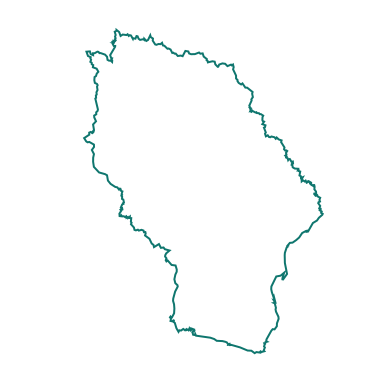 outline of Besalampy, Melaky, Madagascar, rotated 192°
{"feature_id": "10022922B83460232588272", "entity_name": "Besalampy", "entity_type": "district", "adm_level": 2, "iso_a3": "MDG", "parent_name": "Madagascar", "parent_adm1": "Melaky", "projection": "albers", "projection_center": [45.158, -16.857], "detail": "fine", "context": "isolated", "style": "outline", "palette": "teal", "viewbox_px": 384, "rotation_deg": 192, "n_neighbors": 0, "source": "geoboundaries", "source_scale": "gbopen_adm2", "svg_char_len": 5950}
<svg xmlns="http://www.w3.org/2000/svg" viewBox="0 0 384 384"><g transform="rotate(192 192 192)"><path d="M176.1,52.4L175.6,54.1L173.9,54.2L172.1,56.2L170.1,55.3L169.9,55.8L168.7,55.8L169.4,56.1L168.9,56.6L168.5,55.9L167.6,56.5L166.6,56.0L166.3,57.4L165.2,56.7L165.5,57.6L164.7,57.4L165.1,58.2L163.7,57.6L163.7,58.3L161.3,57.9L161.4,56.9L160.4,57.7L162.4,54.9L161.2,52.6L159.2,52.7L159.3,53.8L158.2,52.3L143.8,53.3L139.7,52.8L136.9,51.6L131.2,52.5L128.1,52.4L126.6,52.1L125.1,50.6L124.5,50.9L124.7,50.1L123.0,50.7L122.9,50.2L121.4,50.6L112.7,50.0L104.7,48.5L100.9,49.1L97.2,47.4L95.7,48.8L91.5,49.1L91.2,49.6L92.2,49.8L91.8,50.4L90.8,49.9L88.1,51.3L88.9,51.9L88.4,55.1L89.4,55.9L89.2,57.9L89.8,58.9L88.9,59.0L89.0,60.3L87.4,61.2L88.4,61.5L88.5,63.3L85.6,72.7L84.6,74.6L82.7,74.8L81.1,78.3L81.6,81.2L80.9,85.9L81.5,87.9L85.0,92.5L85.9,94.7L85.8,96.1L87.9,100.3L88.8,100.5L87.7,101.0L89.4,102.9L89.0,102.8L89.1,103.4L88.2,102.8L90.3,107.0L90.5,106.3L93.0,110.5L94.3,113.4L94.7,116.1L92.0,126.9L87.9,128.6L85.1,132.2L85.6,126.5L85.4,125.4L84.7,125.4L82.0,131.6L86.4,141.9L88.2,149.5L88.5,151.8L87.9,157.3L86.7,158.8L87.6,158.4L87.6,159.1L86.8,159.6L87.1,160.0L85.7,162.6L83.1,163.4L80.1,166.6L77.7,169.8L75.7,174.8L72.4,177.6L70.8,178.3L71.1,177.1L70.3,177.4L67.3,186.8L63.8,190.1L62.5,193.2L59.8,196.8L59.6,197.8L61.4,198.5L61.1,199.9L63.4,200.7L63.4,201.3L62.4,201.0L62.7,202.4L64.1,202.5L63.7,205.0L66.2,207.3L66.1,208.3L64.8,209.3L65.7,210.7L65.4,213.0L68.2,213.8L68.8,214.9L70.3,214.0L72.1,215.5L72.0,215.9L70.6,215.4L70.2,216.3L70.8,218.2L72.9,220.1L73.1,222.3L74.5,223.0L73.6,223.6L73.9,224.2L76.4,223.6L78.3,224.8L78.4,225.3L77.2,225.0L77.4,225.9L80.3,226.9L80.8,226.6L80.2,226.1L81.8,224.9L83.2,226.7L83.9,225.7L85.9,226.5L86.9,225.2L87.4,227.1L86.7,229.5L88.3,228.4L88.7,230.0L90.3,230.5L90.4,234.5L91.8,234.6L92.2,235.5L93.0,235.1L92.9,236.8L96.4,236.3L98.6,237.1L99.5,239.3L100.2,239.3L100.2,240.2L99.1,240.9L99.7,242.8L100.9,242.2L103.2,244.6L104.2,244.2L104.6,243.2L105.5,244.9L107.2,245.3L107.3,246.1L106.6,245.6L106.7,246.4L108.3,247.0L107.4,248.2L108.2,249.8L107.4,251.9L108.3,252.3L109.4,251.9L110.9,253.0L110.8,254.8L115.2,259.3L115.1,261.1L117.9,261.4L120.3,262.8L120.4,262.0L121.2,262.1L121.4,261.6L122.6,262.7L125.9,262.8L126.7,261.9L128.1,261.8L129.7,263.2L131.3,261.8L132.7,264.2L132.2,265.6L135.0,269.9L134.1,270.6L134.0,272.5L137.3,273.0L136.1,275.8L137.5,276.1L138.1,276.9L138.6,279.9L138.2,281.5L140.9,282.5L142.0,282.2L142.9,283.0L145.0,282.7L145.6,283.4L146.4,282.9L149.7,283.9L150.6,282.7L151.3,283.0L151.2,283.9L151.8,283.5L151.6,284.6L152.3,285.3L151.8,286.1L153.4,286.7L153.3,287.7L153.9,288.4L152.7,293.9L153.2,294.9L152.2,297.5L153.6,300.6L153.5,302.4L159.7,305.5L161.5,305.2L165.2,308.7L166.3,307.4L169.0,308.4L170.6,310.0L170.7,311.0L172.5,312.2L173.1,315.0L177.3,320.5L177.2,322.8L178.4,325.2L179.3,324.1L180.3,324.7L183.5,322.5L186.2,324.3L189.0,324.1L191.9,322.3L192.4,320.0L192.9,319.8L195.7,321.7L196.9,324.2L199.2,324.1L203.4,322.1L203.9,323.4L205.1,323.9L205.1,325.1L208.7,326.9L210.4,329.8L212.6,329.0L214.1,329.9L217.8,327.5L221.5,326.6L223.6,326.9L224.8,328.7L227.8,328.6L229.4,322.9L231.3,323.1L234.2,322.1L236.7,324.0L237.8,323.7L239.3,324.4L240.2,323.9L242.6,326.9L244.7,327.5L245.8,327.0L249.4,329.3L250.9,329.3L252.3,331.7L253.5,330.1L255.5,329.8L257.4,328.6L258.7,328.7L261.9,331.9L262.1,334.0L264.5,334.9L265.4,336.6L266.6,331.6L268.0,330.3L270.5,332.0L270.3,330.8L271.5,331.3L274.4,330.0L276.1,330.8L277.6,333.0L278.7,333.0L279.2,330.2L281.5,330.2L281.6,329.4L284.2,332.4L285.5,332.5L286.3,331.5L287.8,332.9L288.7,331.9L292.5,331.6L294.3,329.8L296.5,333.3L299.5,334.8L299.3,334.0L300.9,332.7L299.3,329.7L299.6,327.9L298.7,326.6L299.2,325.4L298.2,324.5L298.7,323.5L300.2,323.5L299.7,322.5L300.7,322.3L299.9,321.5L300.4,321.3L299.9,321.2L300.3,320.3L298.9,318.6L297.5,318.9L297.4,318.1L300.5,308.9L299.0,306.3L298.0,306.2L298.4,305.0L297.4,304.2L297.2,302.6L298.9,303.6L300.4,303.2L302.1,303.7L303.2,306.6L305.6,308.3L310.3,308.9L311.4,308.6L312.6,309.6L313.7,309.6L316.1,307.5L317.7,307.1L317.2,305.3L319.8,305.8L321.1,308.3L324.4,307.3L322.0,303.4L319.1,302.8L319.2,301.6L318.2,300.4L318.5,298.2L317.0,297.6L316.6,296.1L315.0,295.6L314.9,293.4L310.9,292.8L308.6,290.1L309.8,288.0L310.0,285.5L311.2,284.2L310.8,281.1L309.7,278.5L307.5,278.0L306.5,276.9L306.8,275.3L305.6,272.1L306.2,269.7L305.5,267.5L306.1,266.5L305.4,264.2L306.0,263.3L301.2,253.2L301.2,251.7L302.3,250.0L301.8,248.1L303.6,246.4L303.1,244.6L300.6,241.2L302.8,237.5L300.7,232.1L300.9,230.0L301.2,229.6L301.6,230.6L302.3,229.1L303.5,229.7L304.9,228.7L304.4,226.7L308.7,222.3L306.0,219.5L304.5,218.9L302.8,219.6L297.8,218.0L297.2,215.7L298.7,212.3L295.8,208.7L295.8,205.0L295.0,201.0L293.2,196.2L287.0,191.8L280.8,191.4L278.6,190.7L276.6,185.7L273.3,183.0L268.1,181.0L266.0,181.0L263.9,179.2L263.5,180.2L262.7,180.3L261.5,178.3L260.2,178.1L260.4,175.2L259.8,174.7L260.3,173.6L259.4,173.0L259.0,170.7L257.6,170.3L256.4,167.6L257.1,166.8L256.6,166.1L257.7,165.3L258.4,161.8L257.7,161.3L257.0,161.7L256.5,160.5L258.1,159.7L257.3,159.0L258.5,155.7L257.8,153.4L256.6,153.5L256.3,154.5L255.2,153.6L253.7,154.1L252.4,153.6L251.4,154.5L250.8,153.1L249.7,154.1L249.2,153.2L247.7,155.0L247.5,153.6L246.0,153.8L245.6,150.2L244.7,149.4L245.0,147.8L241.4,145.2L240.4,143.0L238.9,142.8L237.1,143.9L236.0,143.2L233.5,144.5L231.4,144.2L230.6,142.7L229.3,143.1L228.7,141.8L228.9,139.7L223.9,137.4L220.7,133.2L218.7,132.3L217.7,130.2L213.5,134.2L210.8,130.9L208.3,131.8L206.7,130.4L201.8,130.1L204.5,126.6L205.0,124.7L204.9,123.3L203.2,121.8L203.5,119.8L202.6,118.8L201.6,120.0L196.8,116.4L192.8,116.7L190.8,113.0L190.4,110.8L191.1,107.8L191.1,103.0L189.4,99.4L186.8,97.8L186.3,96.5L187.8,91.1L188.2,83.9L187.9,81.6L186.2,78.4L185.0,74.3L184.3,69.6L185.6,65.0L186.1,64.8L187.1,65.7L187.5,64.8L186.2,63.8L186.2,61.4L184.3,61.4L183.5,62.6L183.0,62.5L182.9,61.0L181.6,60.4L178.9,55.5L176.1,52.4Z" fill="none" stroke="#0f766e" stroke-width="2"/></g></svg>